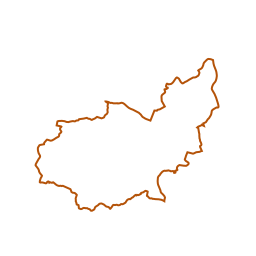 the district of Cao Phong, Hòa Bình, Vietnam, rotated 109°
{"feature_id": "81297802B52142956360096", "entity_name": "Cao Phong", "entity_type": "district", "adm_level": 2, "iso_a3": "VNM", "parent_name": "Vietnam", "parent_adm1": "Hòa Bình", "projection": "albers", "projection_center": [105.324, 20.689], "detail": "fine", "context": "isolated", "style": "outline", "palette": "amber", "viewbox_px": 256, "rotation_deg": 109, "n_neighbors": 0, "source": "geoboundaries", "source_scale": "gbopen_adm2", "svg_char_len": 5827}
<svg xmlns="http://www.w3.org/2000/svg" viewBox="0 0 256 256"><g transform="rotate(109 128 128)"><path d="M101.3,56.9L99.8,58.0L99.1,58.3L97.8,56.9L97.2,56.3L96.2,56.0L93.8,55.4L92.5,54.7L91.9,54.5L89.1,53.9L88.1,53.8L86.4,54.0L84.8,54.3L84.3,54.3L83.7,54.1L82.7,53.5L81.6,52.6L79.8,51.0L79.4,49.7L79.1,49.4L78.8,49.3L78.1,49.4L76.8,50.1L75.3,51.1L70.6,54.6L67.6,57.3L64.7,60.7L64.1,61.3L63.2,61.7L62.2,61.8L61.4,61.9L59.1,61.7L57.8,61.3L56.0,60.6L54.8,60.4L53.9,60.4L52.3,60.5L50.1,60.9L49.0,61.3L46.6,62.5L45.5,63.2L44.5,64.0L41.1,66.9L39.1,68.2L36.1,69.7L36.0,72.2L36.5,74.4L37.0,75.1L38.1,75.8L41.3,77.3L42.5,77.5L44.2,77.3L45.5,77.4L47.0,77.6L48.1,78.2L49.9,79.8L50.7,80.3L52.2,78.6L52.8,78.4L54.6,78.4L55.3,78.5L56.1,78.9L56.8,79.6L57.5,80.0L58.5,81.3L58.8,82.3L59.2,83.0L62.4,85.9L64.6,87.6L66.0,89.1L67.6,90.3L68.0,90.8L68.1,91.3L67.6,92.5L67.2,93.2L64.8,95.9L64.4,97.3L64.3,98.2L65.2,98.9L69.9,100.2L71.2,100.8L72.2,101.5L72.6,102.1L73.5,103.9L73.3,104.9L73.5,105.6L74.0,105.8L76.1,105.7L76.6,105.3L76.8,105.0L76.9,104.6L76.9,103.6L77.2,103.4L77.5,103.5L78.7,104.5L79.5,106.0L79.8,106.0L81.6,104.7L82.0,104.6L82.5,104.6L85.4,106.4L86.3,106.7L87.6,106.5L91.5,104.9L95.7,100.2L100.0,104.0L101.2,106.0L102.2,106.3L102.9,108.7L113.7,109.2L113.6,113.5L113.5,114.7L113.2,115.9L112.8,117.8L112.0,119.1L111.1,120.3L110.6,121.6L110.1,122.6L109.4,127.2L109.1,129.1L109.0,131.8L108.7,133.8L107.8,136.2L107.0,138.0L106.4,139.5L106.1,141.0L106.2,142.2L106.4,142.6L107.3,143.9L108.0,145.3L108.1,145.6L108.0,145.8L109.4,149.8L109.5,151.4L110.0,152.8L109.8,155.3L110.1,157.6L110.2,157.8L110.3,157.7L110.6,156.3L111.0,155.4L111.3,155.0L111.7,154.8L114.0,154.5L115.3,153.6L116.9,153.5L117.5,153.4L118.6,152.9L119.5,152.4L119.9,152.3L121.6,152.6L122.8,153.5L123.4,153.8L124.1,154.0L125.5,154.1L125.8,154.2L126.5,154.9L127.5,156.2L127.6,160.9L129.9,162.5L131.3,164.1L132.1,164.8L132.2,165.1L131.8,167.2L132.0,167.8L132.1,168.4L132.0,169.6L131.8,170.2L133.6,173.1L135.6,177.1L136.8,177.4L137.1,177.7L137.5,178.8L137.8,179.3L138.9,180.2L139.2,181.0L139.3,181.9L139.5,182.6L140.9,185.0L141.8,186.2L141.9,186.6L142.3,188.2L142.2,190.1L142.7,192.5L143.0,193.4L143.9,195.7L144.5,196.6L144.7,196.8L145.3,196.8L148.8,196.3L148.3,191.7L148.4,191.4L148.6,191.4L150.2,192.1L151.1,191.9L151.8,191.5L153.0,189.9L153.3,189.8L153.7,189.8L154.3,190.0L156.0,191.0L156.5,191.0L157.3,190.7L157.9,190.6L158.6,190.8L159.2,191.2L160.5,192.5L162.6,194.1L163.2,194.6L164.4,195.7L165.1,196.8L165.2,197.2L165.3,200.1L165.4,200.8L165.7,201.0L167.7,201.8L168.9,202.3L169.5,202.4L170.7,202.1L172.6,205.5L173.1,206.1L173.8,206.3L175.6,206.7L176.2,206.7L178.0,206.1L179.3,205.4L180.9,204.3L181.8,203.3L182.7,202.3L183.2,202.0L183.7,201.8L184.2,201.8L185.2,202.0L186.4,202.4L190.7,203.2L192.1,203.4L193.2,203.3L193.5,203.1L195.2,200.5L196.1,199.3L197.3,198.3L198.1,197.9L199.2,196.8L200.1,195.4L201.0,193.9L201.9,193.8L203.9,194.2L204.9,194.2L206.9,194.1L207.4,193.9L208.0,193.7L208.1,193.2L207.9,192.6L207.5,191.8L207.3,190.9L207.1,187.8L206.9,187.4L206.5,187.0L205.6,186.9L205.1,186.7L204.8,186.4L204.5,186.0L204.5,185.6L204.6,185.2L205.4,184.6L204.7,183.9L204.6,183.5L204.7,182.9L204.5,181.9L203.8,181.3L203.7,181.0L204.2,179.6L205.0,177.5L205.2,176.7L205.3,175.9L205.3,174.8L205.1,174.0L204.5,172.8L204.5,171.8L204.1,171.2L203.9,170.8L203.9,170.4L204.6,162.6L204.7,162.4L205.5,161.7L206.9,160.6L207.2,159.2L206.9,158.0L206.8,157.5L206.9,156.8L207.5,155.4L208.0,154.6L211.0,154.6L211.8,154.5L213.2,153.8L213.8,153.7L214.2,153.6L215.2,152.7L216.7,151.8L217.0,151.6L217.0,150.0L217.1,149.6L219.7,148.4L219.9,148.2L220.0,147.9L220.0,146.3L220.0,146.1L219.6,145.4L218.4,144.4L218.0,143.9L217.7,142.8L217.6,141.8L217.1,140.4L217.3,139.7L217.4,139.1L217.3,138.4L217.3,137.7L218.2,136.3L218.0,135.3L218.0,135.2L216.7,134.0L215.9,133.4L213.9,133.3L213.2,133.1L212.5,132.6L210.5,131.0L209.6,130.7L208.8,130.1L208.1,128.8L208.0,128.2L208.2,126.0L209.3,123.1L209.3,122.6L209.1,121.1L209.1,120.6L209.3,120.1L210.2,118.6L210.1,118.4L207.9,117.6L206.6,117.3L205.9,117.1L205.5,116.8L205.3,116.2L205.1,115.2L204.3,113.8L204.2,113.2L204.3,112.2L204.0,111.5L203.7,111.0L203.3,110.5L202.2,109.8L202.1,109.6L201.9,108.5L201.4,107.8L200.8,107.2L200.2,106.9L199.6,106.2L199.1,106.0L198.3,105.9L196.3,105.3L195.5,104.7L194.7,103.7L194.7,103.0L194.5,102.6L192.8,101.7L191.9,100.8L189.7,99.7L188.8,99.0L188.7,98.8L189.1,98.5L189.1,98.1L188.2,97.3L188.1,96.4L187.7,95.8L186.7,95.1L186.6,94.9L186.6,94.7L186.4,94.5L186.2,94.4L185.3,94.5L185.0,94.3L183.8,92.6L183.0,92.0L182.2,91.5L181.7,90.9L181.6,89.7L181.7,88.7L181.8,88.6L185.8,88.1L186.0,88.0L186.0,87.4L186.3,86.8L186.7,86.2L187.4,84.7L187.3,83.9L186.9,83.0L186.8,82.6L187.0,81.8L186.9,81.5L186.6,80.5L186.4,79.2L185.4,75.7L185.0,73.1L185.1,71.4L185.4,69.8L184.3,70.1L181.7,70.4L180.6,71.4L179.5,73.2L178.4,75.6L177.9,76.1L177.4,76.5L176.3,77.1L171.9,81.0L170.8,81.7L168.5,82.7L165.0,83.6L163.7,83.4L162.0,82.6L160.6,82.3L158.2,81.3L157.1,80.4L156.5,79.6L156.2,78.3L155.9,77.7L155.6,77.3L155.5,76.8L155.0,76.2L154.9,75.9L154.9,74.9L154.8,74.4L155.0,73.5L154.8,72.9L154.3,72.0L154.1,71.5L154.0,70.9L155.4,69.7L155.0,69.0L154.8,68.7L154.4,68.7L154.0,68.9L153.3,69.4L153.1,69.4L152.8,69.2L152.3,68.2L151.9,67.9L151.5,67.7L150.7,68.4L150.0,68.7L149.0,68.8L147.9,68.5L147.0,67.9L146.3,67.3L145.5,63.0L144.9,60.9L144.6,60.4L143.0,59.3L142.5,59.1L141.9,59.1L141.4,59.3L141.0,59.8L140.3,62.6L139.5,63.9L139.0,64.1L137.6,64.0L135.2,64.1L131.6,63.9L131.4,61.9L131.1,58.2L130.7,57.6L128.7,55.6L127.2,52.5L126.2,51.5L125.7,50.7L122.4,53.7L121.7,54.0L121.5,53.9L120.6,53.2L120.3,53.2L119.7,53.2L119.0,53.6L118.2,54.2L116.8,55.6L115.2,56.4L114.7,56.9L112.2,58.0L110.4,58.6L109.2,59.4L105.3,61.5L105.1,61.9L105.0,62.7L104.2,62.3L103.8,62.0L102.5,60.5L101.5,59.5L100.8,59.2L101.2,58.0L101.3,56.9Z" fill="none" stroke="#b45309" stroke-width="2"/></g></svg>